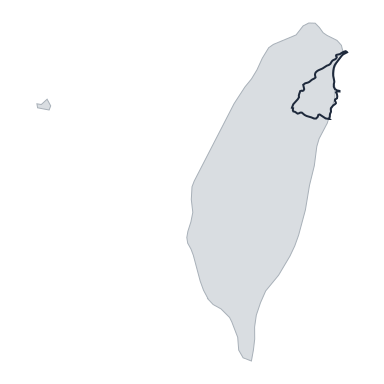 Taiwan, with Yilan highlighted
{"feature_id": "TWN-1163", "entity_name": "Yilan", "entity_type": "County", "adm_level": 1, "iso_a3": "TWN", "parent_name": "Taiwan", "parent_adm1": "", "projection": "natural_earth1", "projection_center": [121.682, 24.662], "detail": "fine", "context": "in_parent", "style": "outline", "palette": "slate", "viewbox_px": 384, "rotation_deg": 0, "n_neighbors": 0, "source": "natural_earth", "source_scale": "10m", "svg_char_len": 2204}
<svg xmlns="http://www.w3.org/2000/svg" viewBox="0 0 384 384"><path d="M265.7,290.9L260.5,302.7L256.3,315.2L254.6,327.0L254.7,339.1L253.4,350.1L251.4,361.0L243.1,357.8L238.7,350.1L237.7,337.3L231.8,321.9L229.6,317.5L221.0,308.9L213.2,304.6L207.2,298.2L208.0,298.7L203.5,290.2L200.2,281.1L193.3,255.2L190.9,248.9L187.7,243.2L186.8,237.5L187.9,231.3L190.9,221.9L192.8,212.4L191.3,199.5L192.0,186.8L194.2,181.1L234.1,103.6L244.9,87.0L251.5,78.9L257.0,69.8L262.3,58.2L268.7,47.7L273.4,44.4L296.1,34.9L303.1,25.9L308.8,23.0L315.2,23.2L319.4,27.5L323.1,32.7L327.0,35.4L337.0,40.4L341.4,45.3L343.4,53.6L337.3,61.5L334.3,68.7L333.7,76.6L334.8,87.2L334.9,97.9L327.3,123.1L319.1,138.7L316.8,146.5L314.3,165.8L309.5,185.3L305.4,209.9L298.6,235.2L294.8,245.8L290.0,256.0L278.6,275.2L265.7,290.9ZM47.1,99.2L50.7,105.9L49.1,110.0L37.6,107.8L36.9,103.8L41.3,104.5L47.1,99.2Z" fill="#d9dde1" stroke="#a8b0b8" stroke-width="1"/><path d="M347.1,52.3L343.2,54.3L341.5,56.0L335.5,63.9L334.5,65.6L333.8,67.9L333.3,70.6L333.1,73.3L333.2,75.9L334.3,81.3L334.2,82.6L333.8,84.0L333.8,86.8L334.9,89.0L337.0,90.4L339.5,90.9L339.5,91.5L338.4,91.4L337.4,91.5L336.6,91.8L336.0,92.3L336.9,94.0L337.3,96.3L337.0,98.3L335.1,99.5L335.0,100.3L335.2,101.4L335.8,102.3L335.9,103.3L335.1,104.1L333.2,105.4L330.9,108.2L330.8,109.3L331.0,111.7L330.6,112.7L330.2,113.4L329.9,114.6L329.8,116.8L329.6,117.4L329.3,117.8L329.1,118.3L329.4,118.9L329.5,119.0L329.2,119.0L325.6,118.4L319.7,114.5L318.4,114.8L317.7,116.9L316.1,118.5L314.0,118.5L311.4,117.4L306.6,116.0L304.5,114.9L303.7,114.2L301.8,112.6L300.3,112.6L298.7,113.4L297.5,113.6L296.3,112.7L294.9,111.8L293.3,111.4L292.8,110.1L293.1,108.2L291.9,107.8L293.3,104.2L297.8,99.2L299.0,97.2L298.8,95.7L299.2,94.0L300.0,91.8L300.1,91.2L301.4,90.7L302.4,90.9L303.5,90.5L304.2,89.1L303.2,84.8L305.0,83.4L305.9,83.1L307.8,82.6L309.3,81.9L310.6,80.8L312.1,79.6L314.3,78.5L315.5,77.5L315.4,76.8L315.1,75.7L315.0,74.2L315.6,72.5L317.1,71.1L318.4,70.3L322.5,68.5L326.8,65.7L328.8,65.0L330.4,63.8L331.4,62.0L332.5,60.6L333.7,59.9L334.8,59.5L336.2,58.4L336.8,57.1L336.0,55.9L336.4,54.9L340.0,54.1L341.2,53.2L343.8,51.7L345.7,51.2L346.8,51.9L347.1,52.3Z" fill="none" stroke="#1e293b" stroke-width="2"/></svg>